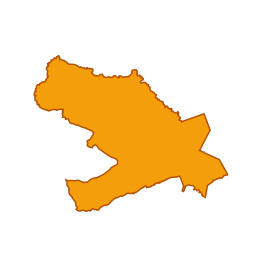 Luano, Central, Zambia, rotated 250°
{"feature_id": "96606910B16035329871790", "entity_name": "Luano", "entity_type": "district", "adm_level": 2, "iso_a3": "ZMB", "parent_name": "Zambia", "parent_adm1": "Central", "projection": "robinson", "projection_center": [29.687, -14.461], "detail": "fine", "context": "isolated", "style": "filled", "palette": "amber", "viewbox_px": 256, "rotation_deg": 250, "n_neighbors": 0, "source": "geoboundaries", "source_scale": "gbopen_adm2", "svg_char_len": 5731}
<svg xmlns="http://www.w3.org/2000/svg" viewBox="0 0 256 256"><g transform="rotate(250 128 128)"><path d="M49.9,205.5L51.4,205.6L67.0,203.0L78.2,191.6L79.1,191.4L80.5,189.2L81.8,188.6L81.8,188.3L82.2,188.2L82.4,187.6L97.9,204.4L115.3,204.3L115.6,181.4L115.3,180.5L116.8,180.4L117.5,179.7L117.5,178.9L118.3,178.8L119.5,180.8L121.7,179.6L123.5,180.1L123.3,179.4L123.9,179.3L124.6,179.6L124.7,180.2L125.1,180.7L125.6,180.8L126.2,180.3L125.8,179.4L125.4,179.3L125.5,178.2L127.7,176.0L128.6,175.9L128.6,175.2L128.9,174.7L130.2,175.0L130.7,175.7L131.3,175.6L131.6,175.0L131.3,173.9L131.4,173.6L132.2,173.6L133.1,172.6L134.8,172.4L135.6,171.4L135.7,170.9L134.5,170.4L134.7,169.7L135.9,170.5L136.3,170.0L137.0,170.2L138.3,169.4L139.3,169.6L139.7,169.4L140.2,169.8L140.9,169.7L141.4,169.2L141.3,168.5L142.4,167.4L143.3,167.1L143.7,167.2L144.3,166.6L144.3,165.7L144.7,165.6L144.9,166.1L145.9,165.7L147.2,164.1L149.5,165.9L151.3,164.6L151.8,164.7L152.8,164.2L155.0,162.2L157.3,161.7L158.1,162.5L159.0,162.4L160.1,161.6L161.6,161.9L162.2,160.4L163.5,160.8L164.2,159.8L165.2,159.5L165.5,158.6L165.6,155.8L166.1,155.2L167.4,155.6L168.0,157.3L168.2,158.7L168.5,159.1L169.0,159.2L169.5,159.1L169.9,158.6L170.5,158.5L170.3,157.8L170.7,157.4L171.2,157.5L171.6,158.2L173.6,157.1L173.9,156.6L173.5,156.3L173.4,155.4L173.7,154.8L175.3,154.7L176.2,155.5L177.6,155.5L178.4,156.2L179.6,155.3L179.9,155.4L180.7,152.9L180.7,151.7L179.5,150.5L178.6,150.7L177.9,150.4L176.5,147.5L176.3,145.1L177.2,142.4L177.4,140.4L179.3,139.1L179.8,137.8L179.6,137.1L178.7,137.2L178.4,137.0L178.5,136.5L179.2,135.2L181.2,134.1L181.8,132.8L181.8,132.1L180.9,130.8L181.8,128.3L182.7,127.5L183.0,124.5L184.7,122.6L187.2,122.3L187.6,121.3L187.7,120.2L187.5,119.3L186.9,118.3L186.9,117.8L187.6,117.0L188.8,114.3L189.7,114.1L190.2,113.6L190.8,113.6L190.9,113.3L192.1,112.8L192.6,113.0L193.0,113.9L193.9,114.6L194.9,115.1L195.6,114.9L197.4,111.3L198.8,110.2L198.4,109.6L197.7,109.8L197.7,108.8L199.6,107.6L199.5,106.3L201.6,104.5L201.3,104.0L201.6,103.3L204.9,100.8L205.1,100.0L205.8,99.5L206.8,97.8L207.0,96.9L207.6,96.1L207.6,95.3L208.6,93.9L209.6,93.2L210.7,93.1L211.0,92.5L211.9,92.2L212.8,91.1L213.4,91.0L213.9,89.8L215.0,88.9L215.4,87.5L216.1,87.4L217.1,88.0L217.9,87.4L219.1,87.8L219.6,87.6L219.4,85.3L217.7,84.2L218.3,83.1L218.9,83.1L219.1,82.7L218.2,82.2L218.0,81.4L218.1,81.0L217.7,80.4L218.1,79.0L216.7,78.4L216.4,76.8L215.9,76.5L215.9,76.0L216.3,75.7L215.9,75.2L216.0,74.5L215.5,74.4L215.3,74.9L214.4,74.9L214.0,74.0L213.7,74.5L213.4,73.7L212.8,73.5L212.7,72.3L212.1,71.8L211.3,71.6L209.1,72.0L205.6,70.3L205.1,70.2L204.0,70.8L203.8,70.4L203.8,69.7L202.6,69.8L201.7,67.5L200.8,67.1L200.7,66.6L199.9,66.2L200.5,62.8L200.3,61.8L199.8,61.3L199.6,59.8L198.7,59.3L199.6,58.3L199.5,57.8L198.9,57.1L198.8,56.4L196.6,55.4L196.4,54.6L195.7,54.4L195.0,53.7L194.4,53.8L193.9,54.3L193.7,52.5L192.7,51.9L192.0,51.7L191.4,51.2L190.8,51.5L190.5,51.4L190.2,52.1L190.0,51.4L189.6,51.7L189.4,51.3L188.2,51.1L188.0,50.7L186.4,50.6L186.1,50.4L186.1,51.0L185.1,50.8L184.0,51.6L183.4,51.1L182.3,51.5L181.8,50.9L180.9,50.9L180.7,51.2L180.9,51.6L180.3,52.0L180.2,52.5L179.4,52.0L178.0,52.1L175.7,53.9L172.5,57.9L172.0,59.0L171.3,59.0L171.0,60.7L171.4,62.2L171.0,63.2L170.8,65.0L170.1,65.7L169.9,66.6L169.2,66.8L169.0,69.9L168.5,71.6L167.8,72.2L167.6,73.4L166.6,72.6L165.7,72.6L165.6,72.1L164.6,72.3L164.3,71.1L161.2,71.0L160.6,70.2L159.9,72.1L158.9,72.5L157.7,72.2L157.3,72.9L157.5,73.7L157.2,75.0L156.4,75.2L155.5,75.0L152.7,75.2L151.3,76.7L150.8,78.2L149.2,79.4L147.4,82.3L143.6,86.1L143.2,87.4L137.5,93.0L136.4,93.4L135.7,94.2L133.9,93.2L133.1,92.3L133.0,91.7L132.2,91.1L130.4,88.5L130.0,87.5L130.2,86.8L130.0,85.7L129.3,84.8L128.6,85.2L127.7,85.1L126.0,83.9L125.0,83.9L123.6,84.8L121.7,87.6L122.8,88.7L123.5,91.5L122.5,92.4L118.1,93.8L107.8,101.0L102.6,106.6L101.9,106.5L101.1,107.1L97.8,105.8L97.2,104.4L96.9,100.5L96.3,98.4L95.2,96.8L92.7,88.9L92.0,81.5L92.5,79.8L92.6,76.1L91.0,71.2L91.6,70.1L91.8,67.8L92.4,67.4L93.1,66.1L95.1,64.5L95.6,63.6L96.1,62.7L96.4,60.7L97.2,58.5L98.1,56.9L98.1,56.3L99.5,52.8L100.6,52.0L99.8,51.8L97.8,52.2L95.2,51.0L91.4,52.1L90.1,51.0L89.6,51.3L87.7,50.5L85.6,50.4L82.6,51.7L80.9,51.8L76.7,53.3L74.1,52.8L71.8,52.7L71.0,53.2L70.1,52.8L69.4,51.4L67.6,52.4L66.3,54.5L66.2,57.5L65.5,58.8L64.4,59.5L64.0,60.7L64.1,62.8L63.9,63.3L63.0,64.0L63.1,65.0L64.0,65.7L63.8,66.1L64.2,67.2L63.7,67.9L62.7,68.6L62.5,69.3L62.5,69.9L61.9,70.2L61.3,71.1L61.1,72.6L62.1,73.7L62.5,74.7L63.1,75.3L62.8,76.0L63.5,78.3L63.5,79.0L62.9,80.9L62.9,82.2L62.7,83.2L64.4,86.4L65.8,89.9L66.6,93.0L66.1,94.1L66.6,96.5L66.4,97.2L66.7,98.0L65.7,99.4L66.3,103.2L66.8,103.6L67.0,104.2L66.7,105.8L65.5,107.8L65.2,110.3L64.5,110.4L64.4,110.7L64.8,112.5L65.0,114.6L66.7,119.7L67.0,122.6L67.7,124.7L66.7,125.4L65.7,125.1L65.0,129.4L65.3,129.7L65.2,130.2L65.4,130.4L65.8,132.2L65.4,132.9L65.6,133.2L65.5,133.5L66.4,134.3L66.1,134.9L66.5,135.5L66.7,136.5L66.3,136.9L66.4,137.3L65.8,137.5L65.5,138.1L65.6,138.7L66.1,139.2L65.6,139.7L65.7,140.2L66.5,141.5L65.8,142.4L66.1,143.5L66.4,147.1L66.7,147.3L66.8,148.2L66.6,149.1L66.9,150.8L66.4,153.4L66.0,154.2L65.3,156.8L65.2,160.1L55.7,160.5L54.3,160.2L50.4,157.4L49.4,158.2L49.7,158.9L51.7,160.5L52.1,161.3L53.1,161.5L53.8,162.1L53.8,165.7L52.8,166.8L51.6,169.2L51.2,169.7L49.0,170.4L47.7,168.7L47.4,168.9L47.3,170.2L46.9,171.0L45.5,171.4L45.9,172.1L45.9,173.1L45.3,173.4L44.4,173.4L43.0,172.8L43.2,174.0L42.5,174.4L42.3,175.0L41.7,174.5L41.3,174.7L40.3,174.5L38.7,174.6L37.5,176.1L36.4,176.9L46.9,183.1L48.6,189.5L49.0,190.1L49.3,189.8L49.8,190.2L49.3,191.8L49.7,192.5L49.6,193.8L49.8,194.0L49.6,194.5L49.8,194.7L49.5,196.1L49.7,196.6L49.5,196.8L49.4,198.4L48.8,199.2L50.5,202.2L49.9,205.5Z" fill="#f59e0b" stroke="#b45309" stroke-width="1.5"/></g></svg>